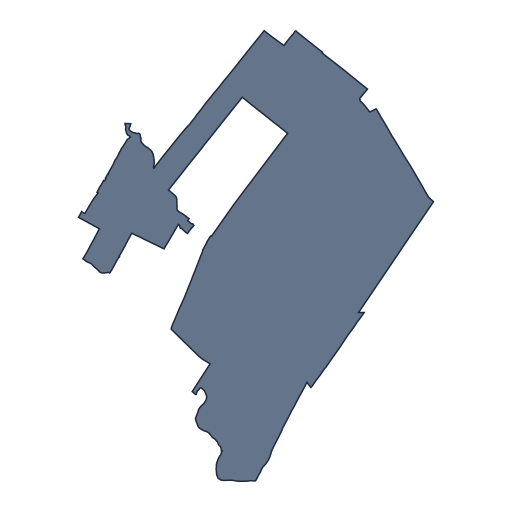 outline of Varasti, Giurgiu, Romania
{"feature_id": "2599482B7162388776253", "entity_name": "Varasti", "entity_type": "district", "adm_level": 2, "iso_a3": "ROU", "parent_name": "Romania", "parent_adm1": "Giurgiu", "projection": "orthographic", "projection_center": [26.231, 44.242], "detail": "fine", "context": "isolated", "style": "filled", "palette": "slate", "viewbox_px": 512, "rotation_deg": 0, "n_neighbors": 0, "source": "geoboundaries", "source_scale": "gbopen_adm2", "svg_char_len": 6029}
<svg xmlns="http://www.w3.org/2000/svg" viewBox="0 0 512 512"><path d="M255.0,481.0L255.5,480.6L255.9,480.3L256.4,479.5L258.6,475.0L260.1,472.6L260.5,471.7L261.0,470.6L262.7,467.2L263.2,466.6L265.7,464.0L266.9,462.2L268.2,460.4L268.6,459.7L269.2,458.1L269.7,457.5L272.0,450.0L275.5,443.0L279.4,435.5L280.0,434.0L281.8,430.6L282.1,429.9L282.2,428.9L287.2,419.6L292.0,410.2L295.0,404.9L296.1,402.6L297.0,401.0L298.1,398.8L299.3,396.6L301.2,393.1L302.3,391.3L302.8,390.2L304.4,387.4L306.9,382.3L310.9,387.5L312.3,385.9L313.1,384.7L316.2,380.2L320.5,374.6L324.5,368.7L325.6,367.6L325.9,367.3L327.9,364.3L332.8,357.3L338.8,348.9L348.4,334.4L348.5,334.4L353.9,327.1L356.2,323.6L357.1,322.2L360.3,318.0L363.6,313.4L364.2,312.5L358.6,312.5L412.1,233.2L433.5,201.7L429.4,198.0L429.2,197.9L428.9,197.6L429.1,197.5L428.4,196.8L427.2,194.9L421.4,184.6L410.4,165.8L405.6,158.3L395.3,141.2L392.0,136.0L386.9,126.9L381.4,117.7L379.9,115.2L378.7,113.0L376.8,109.9L376.1,108.8L369.9,112.0L369.7,111.8L368.8,110.8L366.8,108.2L363.8,104.5L361.7,102.3L360.3,101.0L360.0,100.5L359.9,100.2L360.1,99.5L359.7,98.5L363.2,94.3L367.5,89.1L352.0,76.6L343.3,69.5L325.5,55.7L322.0,52.8L322.4,52.2L321.6,51.6L303.3,37.1L299.9,34.3L296.9,31.9L295.9,30.9L294.9,31.4L293.0,34.4L291.8,35.4L287.8,40.4L283.9,45.5L272.6,37.3L264.1,30.7L261.2,34.4L258.5,37.7L248.5,50.2L247.6,51.2L245.4,54.0L244.8,54.9L240.4,60.3L235.0,67.2L228.1,75.8L224.2,80.4L222.7,82.3L218.7,87.5L213.4,93.6L211.7,96.0L209.7,98.4L206.3,102.4L204.9,104.3L204.5,104.8L201.8,108.5L198.3,112.9L196.7,114.9L194.9,117.6L191.4,121.9L190.0,123.9L187.5,126.4L186.8,127.3L186.1,128.0L185.0,129.2L181.6,133.4L180.5,134.6L178.9,136.5L168.5,149.5L163.8,155.3L155.3,166.2L154.9,166.7L154.6,167.3L154.5,167.8L153.8,168.2L153.6,167.9L153.5,167.3L153.6,166.2L153.9,165.2L154.2,163.9L154.3,162.5L154.3,161.3L154.2,160.3L154.0,158.9L153.1,154.3L152.7,153.2L152.1,151.9L151.2,150.6L149.3,149.0L148.1,147.9L145.7,146.5L144.9,145.9L143.7,144.9L142.6,143.6L141.5,142.2L141.0,141.1L140.9,140.2L141.0,138.9L141.0,138.1L140.3,136.1L140.2,134.9L139.9,134.1L139.3,133.6L138.5,133.2L137.0,133.6L134.7,132.7L132.9,132.7L131.3,131.5L130.5,131.2L129.1,129.5L129.2,128.1L129.5,127.4L130.3,125.9L130.8,123.7L125.0,123.4L125.0,123.7L125.2,125.0L125.9,126.9L125.5,129.0L126.7,133.7L127.8,135.1L129.6,136.0L130.5,136.9L127.6,139.3L127.3,139.4L125.8,142.0L123.1,146.4L122.6,146.9L121.4,148.6L120.5,150.6L119.8,151.6L119.1,152.8L119.0,153.3L117.1,157.1L116.4,158.3L115.2,159.9L113.8,162.8L113.2,164.4L109.0,171.8L108.4,173.0L108.6,173.1L108.0,174.4L107.6,174.2L105.4,178.2L105.9,178.5L104.8,180.8L103.7,180.4L101.1,185.0L99.7,187.1L97.0,192.4L98.1,192.9L93.4,199.1L88.6,207.0L84.9,213.5L83.3,212.8L81.6,211.5L80.3,214.1L78.5,217.4L86.9,221.9L90.0,223.7L91.0,224.1L94.3,226.0L97.1,227.5L98.7,228.4L99.3,228.9L94.2,238.6L86.6,252.7L82.9,258.8L85.0,260.3L85.9,261.1L86.6,261.6L88.3,262.4L89.6,262.9L90.9,263.5L92.0,264.5L94.2,266.8L97.7,269.7L99.5,271.8L100.0,272.2L100.8,272.6L101.9,272.9L103.6,273.0L105.3,272.9L107.0,272.6L108.0,272.4L108.6,272.5L109.2,272.7L109.4,272.9L109.7,273.0L111.6,270.2L113.5,266.7L114.9,264.2L116.3,261.5L117.9,258.7L118.3,258.1L119.1,257.3L119.1,257.2L119.6,256.8L119.1,256.1L120.0,254.8L121.8,251.7L123.2,249.1L125.3,245.5L126.1,243.6L127.3,241.5L128.0,240.0L129.6,237.3L131.2,234.2L131.7,233.3L134.5,234.5L135.5,235.1L139.4,236.8L142.4,238.3L144.4,239.4L145.9,240.0L147.5,240.9L148.9,241.5L150.7,242.4L154.2,244.1L154.6,244.2L158.3,246.1L164.0,248.9L165.9,245.6L167.9,242.3L177.4,226.1L178.3,224.4L178.9,224.9L179.6,225.6L179.7,225.8L179.7,226.7L180.0,227.4L180.4,227.9L180.5,228.0L180.5,228.3L181.2,228.3L181.4,228.4L182.2,228.9L183.4,230.2L183.9,230.6L185.0,231.7L186.5,232.8L187.3,233.5L187.6,233.2L188.7,231.9L188.6,231.7L191.9,227.8L191.8,227.7L192.4,227.3L192.9,226.9L193.4,226.0L193.9,225.4L193.3,224.6L192.8,223.8L191.5,223.8L189.3,221.9L187.7,220.6L189.1,218.7L184.1,214.9L183.0,214.1L178.8,211.6L178.0,210.9L177.3,210.1L177.1,209.8L176.9,209.1L177.0,207.1L177.1,206.2L176.9,205.1L176.9,201.9L176.7,198.8L176.5,197.8L175.8,196.4L175.4,196.1L175.4,195.9L168.5,189.9L171.2,186.6L177.1,179.2L179.6,176.1L188.5,164.7L191.9,160.5L195.3,156.2L197.1,154.0L199.5,151.0L202.1,147.8L204.6,144.4L214.1,132.6L232.4,109.6L242.3,97.3L259.6,111.2L261.0,112.2L274.5,123.0L278.8,126.2L280.0,127.3L284.6,130.9L287.6,133.3L233.8,204.5L211.4,236.4L210.7,236.0L209.2,237.9L208.6,239.2L206.7,242.1L206.9,242.3L204.8,246.2L203.0,249.5L202.5,250.8L202.5,251.6L200.8,255.7L195.2,270.2L192.7,276.4L191.6,279.4L188.2,287.8L184.4,297.4L179.9,307.3L173.7,322.0L172.4,324.9L171.4,327.7L171.2,329.2L195.7,353.2L199.1,356.5L202.7,359.4L210.1,363.8L192.2,391.6L193.1,392.3L194.9,394.0L195.3,394.3L195.7,394.5L196.1,394.5L196.3,394.1L196.8,392.4L197.4,391.1L198.1,390.3L199.2,389.2L200.0,388.0L200.4,387.9L201.1,387.9L201.4,388.0L201.9,388.6L202.6,389.0L203.4,389.7L204.4,390.6L204.5,390.9L204.6,391.3L205.4,392.6L206.1,394.5L206.6,396.3L206.7,396.8L206.6,398.0L206.1,399.7L205.8,400.4L205.3,401.3L204.2,403.1L203.6,403.7L202.9,404.5L201.6,405.5L200.5,406.8L199.7,407.7L198.9,408.8L198.2,410.7L197.9,412.1L197.4,413.4L196.5,415.7L196.2,416.4L195.6,417.9L195.5,418.8L195.6,419.5L195.9,420.6L196.6,422.5L198.0,426.0L198.2,426.6L199.0,427.7L199.5,428.2L202.8,430.2L204.3,430.9L205.7,431.3L207.0,431.8L208.8,433.0L209.8,434.0L212.5,437.5L214.0,438.5L215.4,439.5L216.1,440.5L217.4,441.9L218.2,443.8L218.5,444.5L219.3,445.6L220.3,446.5L220.6,447.1L220.9,447.9L221.2,449.0L221.4,450.5L221.4,451.1L221.5,451.2L222.0,451.1L221.5,452.0L221.4,452.8L220.9,454.4L220.6,455.0L219.5,456.3L218.0,459.3L217.7,460.2L216.8,462.7L216.4,464.4L216.3,465.0L216.3,465.4L216.4,466.2L216.4,466.9L216.1,468.5L216.5,472.8L216.6,474.2L216.6,474.5L217.1,476.0L217.7,477.2L218.3,478.5L220.1,479.5L220.8,480.0L221.2,480.1L221.6,480.2L222.7,480.3L224.4,480.4L230.6,480.2L232.5,480.3L234.9,480.7L236.0,480.9L238.7,481.3L246.7,481.2L247.6,481.1L248.5,480.9L250.6,480.7L254.5,480.9L254.8,480.9L255.0,481.0Z" fill="#64748b" stroke="#1e293b" stroke-width="1.5"/></svg>